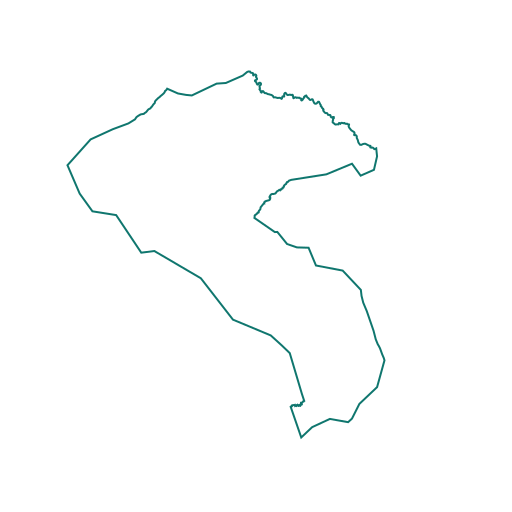 Xerlen, Hentiy, Mongolia, rotated 251°
{"feature_id": "93677404B8842524525431", "entity_name": "Xerlen", "entity_type": "district", "adm_level": 2, "iso_a3": "MNG", "parent_name": "Mongolia", "parent_adm1": "Hentiy", "projection": "orthographic", "projection_center": [110.645, 47.634], "detail": "fine", "context": "isolated", "style": "outline", "palette": "teal", "viewbox_px": 512, "rotation_deg": 251, "n_neighbors": 0, "source": "geoboundaries", "source_scale": "gbopen_adm2", "svg_char_len": 6026}
<svg xmlns="http://www.w3.org/2000/svg" viewBox="0 0 512 512"><g transform="rotate(251 256 256)"><path d="M403.2,107.3L372.4,109.6L351.5,115.9L340.2,137.1L296.5,148.6L293.8,161.5L252.9,196.6L203.3,213.5L176.1,244.1L163.0,251.3L153.2,256.3L110.7,254.5L103.4,254.4L103.4,253.9L103.0,253.8L103.0,253.6L103.0,253.0L102.7,252.6L102.6,252.0L102.2,251.7L102.1,251.1L102.4,250.7L102.0,250.5L101.5,250.7L101.4,250.5L101.2,250.4L101.0,250.9L100.8,251.0L100.7,250.9L100.8,250.1L100.6,249.7L100.9,249.6L101.1,249.4L101.0,248.9L100.7,248.8L100.3,249.3L100.1,249.3L99.9,249.0L100.4,248.3L100.4,247.6L101.2,247.5L101.5,247.2L101.0,247.0L101.3,246.7L101.2,246.3L101.6,246.3L101.7,246.2L101.8,246.0L101.6,245.2L101.3,245.0L101.6,244.7L101.5,244.2L102.6,244.3L102.6,244.1L102.4,243.7L102.5,243.5L103.0,242.6L102.9,242.3L103.0,241.2L102.8,241.0L102.7,240.8L102.2,240.8L102.2,240.4L102.0,240.0L102.0,239.7L69.7,239.7L75.9,253.4L77.9,272.8L68.9,289.0L71.0,293.8L82.5,305.6L92.6,327.8L115.5,343.5L118.0,343.6L121.9,343.3L128.3,343.2L131.1,342.8L132.9,342.4L138.2,342.1L147.0,342.8L152.7,342.8L167.8,342.8L177.0,342.2L183.9,342.8L189.8,344.1L214.0,333.2L227.5,309.6L246.7,308.4L250.8,297.5L257.2,289.3L271.8,284.0L272.5,281.6L292.5,266.9L293.5,267.5L294.5,267.8L295.0,268.4L295.0,268.9L295.3,269.3L295.4,270.2L296.5,271.7L296.4,272.0L296.2,272.1L296.2,272.5L296.3,272.7L297.7,273.4L298.0,273.8L298.1,274.2L298.8,275.3L300.5,276.2L302.9,280.0L303.4,280.9L303.3,281.0L303.9,281.2L304.2,281.4L304.3,282.1L304.6,282.3L304.6,283.1L304.8,283.5L304.7,283.8L304.5,286.3L304.6,287.1L304.8,287.4L305.5,288.1L306.1,287.9L306.5,287.9L306.7,288.4L306.8,288.5L307.2,288.1L307.4,288.0L307.6,288.1L308.8,289.5L309.3,290.4L309.4,291.1L309.3,291.8L308.9,292.7L308.9,293.6L308.8,294.5L308.9,294.9L310.3,296.9L310.4,297.6L310.6,298.6L311.0,299.6L310.9,299.8L310.3,300.2L310.5,300.5L310.6,301.2L310.8,301.2L311.0,301.3L311.0,301.8L311.2,303.1L312.0,303.4L312.0,303.6L311.9,304.1L311.9,304.3L312.1,304.4L312.5,304.9L312.8,305.2L313.2,305.2L313.6,305.7L314.1,306.9L314.3,307.9L314.4,308.0L314.8,308.2L315.3,308.8L315.4,309.3L315.8,309.5L315.7,310.4L316.5,311.7L316.5,314.2L310.3,349.1L312.0,376.8L297.9,381.1L299.1,395.6L310.8,402.9L318.6,404.7L318.4,403.2L318.4,402.9L318.5,402.7L319.2,402.4L319.6,402.3L320.2,401.9L320.6,401.5L320.9,400.2L321.3,399.9L321.5,399.5L321.9,399.5L322.4,400.0L322.9,400.0L323.3,399.2L323.7,398.6L324.2,398.2L324.9,397.4L325.5,397.0L326.5,395.9L326.7,395.6L327.0,394.0L327.0,393.3L326.8,391.8L327.1,391.1L327.3,390.6L329.9,389.8L330.3,389.8L332.5,390.0L334.9,389.7L336.1,390.2L336.8,390.2L337.8,389.7L338.0,389.3L338.0,388.8L338.2,388.5L338.6,388.2L340.0,389.2L340.8,389.2L341.2,389.1L343.6,387.2L344.4,386.8L347.0,385.9L348.4,385.8L348.7,385.9L349.8,386.7L350.1,386.8L350.2,386.7L350.4,386.2L350.7,385.7L351.0,385.4L351.5,385.1L351.6,384.2L352.0,383.6L352.3,383.2L352.9,383.0L353.0,382.8L353.1,382.6L353.0,381.9L354.0,380.5L354.1,379.8L353.8,379.1L353.6,378.9L354.6,378.1L354.7,377.9L353.6,376.9L353.6,376.7L354.0,376.0L354.4,374.0L354.8,373.6L355.1,373.3L355.7,373.2L356.4,372.6L357.4,372.0L358.9,372.6L359.4,373.1L360.4,373.4L360.5,373.5L360.8,374.2L361.0,374.5L362.0,374.8L362.2,374.5L362.3,374.2L362.4,373.8L362.3,372.8L362.5,372.4L363.4,372.0L364.6,372.2L365.0,372.1L365.2,371.9L366.0,370.1L366.7,370.0L367.8,369.8L368.0,369.5L368.3,369.0L368.4,368.5L368.6,368.2L369.3,367.7L371.2,367.0L371.5,366.9L372.3,367.5L372.5,367.5L372.9,367.2L373.4,367.4L374.4,366.7L375.9,366.6L376.2,366.2L376.6,366.0L376.9,366.1L377.6,366.4L378.4,366.1L381.2,365.8L381.4,365.6L381.5,365.3L381.6,364.9L380.6,363.2L380.5,362.7L380.5,362.1L381.0,361.2L381.5,360.9L383.4,360.6L385.0,360.6L385.6,360.5L385.9,360.2L386.0,360.0L385.8,358.7L385.8,358.3L386.1,357.8L386.7,357.5L387.7,357.2L389.3,356.2L389.9,356.0L391.2,355.8L391.4,355.7L391.3,355.2L391.4,354.7L391.2,354.4L391.0,354.0L390.9,353.4L390.7,353.3L390.4,353.5L390.2,353.4L389.9,352.6L388.6,351.0L388.2,350.0L388.2,349.8L388.4,349.6L388.7,349.5L389.5,350.0L390.0,350.0L390.3,349.7L390.6,349.1L391.4,348.6L391.7,348.3L391.7,347.7L392.2,346.9L392.3,345.9L393.1,345.3L393.2,345.0L393.3,344.7L393.2,344.2L393.0,343.2L393.0,342.9L393.5,342.7L394.0,343.0L394.6,343.1L395.2,342.9L395.5,343.0L395.8,343.2L396.4,343.1L396.6,342.9L396.7,342.4L396.8,341.6L397.4,340.8L397.6,340.3L397.6,339.7L397.8,338.8L397.9,338.3L398.5,337.8L399.3,337.5L400.4,337.2L400.7,336.9L400.7,336.4L400.2,335.6L399.8,335.3L397.7,334.6L397.6,334.4L398.2,333.4L398.2,333.0L397.9,332.7L396.5,331.8L396.3,331.4L396.7,331.0L397.6,330.3L397.9,329.8L398.4,327.8L399.9,325.7L400.1,324.5L400.7,324.2L401.8,324.1L403.2,323.1L404.0,321.8L404.4,321.4L405.3,319.8L405.8,319.4L406.8,318.4L406.9,317.8L407.2,317.3L407.8,317.0L409.4,316.5L409.7,316.1L409.6,315.4L408.8,314.7L408.7,314.5L408.8,314.3L409.7,313.9L410.5,314.2L410.9,314.2L411.6,313.8L412.6,313.6L413.2,314.3L413.6,314.4L414.8,314.4L415.3,314.6L415.7,315.0L416.1,315.9L416.4,316.3L416.9,316.7L417.3,316.8L417.9,316.7L418.5,316.2L418.7,315.5L418.6,315.1L417.7,314.3L417.5,313.9L417.5,313.5L417.7,313.1L418.7,312.8L419.9,312.9L420.5,312.7L421.4,312.1L421.9,312.0L422.3,312.2L422.5,313.8L422.9,314.5L423.5,314.7L425.3,314.3L425.6,314.3L426.2,315.0L427.1,315.0L427.5,314.8L427.8,314.5L428.0,314.1L428.0,313.6L427.6,312.3L427.7,312.2L428.0,312.2L428.9,312.5L429.7,312.6L430.0,312.5L430.7,311.4L431.1,310.7L431.3,310.5L432.3,310.4L432.9,309.1L432.9,307.6L430.9,302.2L429.4,283.8L431.8,274.9L428.7,247.6L431.1,242.3L435.1,235.1L443.1,226.5L442.9,226.3L442.7,225.9L442.3,225.5L442.0,225.0L441.7,224.0L441.6,223.7L440.6,222.9L439.8,221.7L439.0,219.8L438.2,217.6L437.7,216.7L437.2,215.0L435.5,211.5L434.8,210.7L433.8,210.2L433.5,209.9L432.8,208.4L431.0,206.0L430.7,205.1L430.0,204.3L429.9,203.7L429.7,202.2L429.5,201.7L429.1,201.0L428.0,199.3L427.7,198.6L427.4,197.2L426.9,196.2L427.0,195.7L427.4,193.4L427.4,192.6L427.2,192.2L427.2,191.6L427.0,191.1L426.9,190.4L426.4,188.7L426.1,188.0L424.6,186.1L422.9,178.5L422.5,161.9L420.1,137.6L403.2,107.3Z" fill="none" stroke="#0f766e" stroke-width="2"/></g></svg>